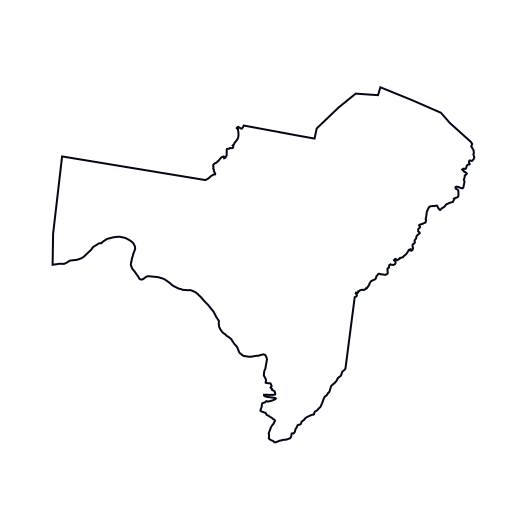 outline of Livingstone, Southern, Zambia, rotated 7°
{"feature_id": "96606910B12959301642296", "entity_name": "Livingstone", "entity_type": "district", "adm_level": 2, "iso_a3": "ZMB", "parent_name": "Zambia", "parent_adm1": "Southern", "projection": "robinson", "projection_center": [25.872, -17.81], "detail": "fine", "context": "isolated", "style": "outline", "palette": "ink", "viewbox_px": 512, "rotation_deg": 7, "n_neighbors": 0, "source": "geoboundaries", "source_scale": "gbopen_adm2", "svg_char_len": 6123}
<svg xmlns="http://www.w3.org/2000/svg" viewBox="0 0 512 512"><g transform="rotate(7 256 256)"><path d="M55.2,289.5L62.2,287.6L65.7,287.3L66.9,287.0L69.3,285.4L71.6,283.4L73.6,282.8L78.1,281.8L80.1,281.0L82.6,279.7L84.1,278.7L85.7,277.1L90.8,270.9L91.6,269.9L93.0,267.3L93.7,266.5L96.5,264.4L98.1,262.9L99.8,262.2L100.8,262.2L102.3,260.4L106.1,257.2L112.0,254.9L115.4,254.0L118.3,253.5L124.1,254.0L127.8,255.4L130.7,256.8L132.3,258.0L133.4,259.3L134.6,261.2L135.1,262.9L135.1,264.2L133.8,269.5L133.7,271.1L133.2,273.3L133.1,275.7L132.9,276.9L132.8,279.9L133.9,282.3L135.3,284.3L137.7,286.5L139.2,288.2L141.5,290.7L143.1,292.8L144.2,293.3L145.4,293.3L146.7,292.8L148.9,290.6L150.0,289.8L151.2,289.2L161.0,288.9L166.2,289.7L168.6,290.5L174.1,293.5L175.3,294.5L177.6,295.8L183.3,297.8L185.7,298.0L187.2,298.5L192.0,298.3L195.0,297.9L196.3,298.1L199.8,299.1L203.0,300.9L204.1,302.0L206.1,303.3L210.0,306.9L214.5,310.5L217.5,313.5L220.3,316.0L221.0,316.9L223.8,321.1L227.1,325.0L227.2,327.1L227.8,330.0L228.3,331.2L229.6,333.2L231.5,335.3L232.7,336.3L235.0,337.5L236.3,338.6L239.3,340.1L241.5,341.5L245.0,345.7L248.4,348.7L251.1,353.7L252.0,354.5L255.5,356.6L261.0,356.9L264.0,356.4L269.0,354.9L270.5,354.8L271.9,354.0L275.1,352.8L275.7,352.7L276.8,353.0L277.7,353.7L278.6,355.0L279.5,357.2L279.0,366.7L278.3,368.9L278.2,370.7L278.3,373.4L278.9,374.5L280.7,377.0L281.1,378.3L281.0,380.5L281.7,380.8L285.9,380.7L287.4,383.1L286.5,384.8L286.9,385.3L288.1,386.0L288.1,386.9L290.1,387.6L291.0,388.1L291.9,390.3L291.8,391.2L289.7,391.8L285.7,392.3L283.8,392.3L280.9,392.8L281.1,393.7L281.8,394.1L282.6,394.1L283.9,394.5L290.4,394.5L292.6,394.7L293.0,394.9L292.7,395.7L289.9,397.4L285.5,399.1L284.1,398.8L283.7,399.0L282.7,400.2L280.2,401.4L279.9,403.5L280.0,404.9L279.8,406.1L279.2,408.4L279.3,409.1L280.7,409.7L284.6,410.6L285.1,411.1L285.9,412.4L286.8,412.6L292.3,415.2L292.8,415.7L294.1,416.2L294.9,417.1L294.9,417.5L294.3,418.7L294.0,420.1L292.3,422.7L291.6,424.7L290.3,430.2L290.4,431.2L290.7,431.9L291.0,434.3L290.9,435.3L291.0,435.6L293.1,436.9L294.7,437.3L295.8,437.7L297.0,438.6L298.3,438.5L302.5,436.2L303.4,436.1L304.6,435.4L308.6,434.5L312.1,432.7L312.7,431.6L313.0,430.3L313.0,428.0L313.4,427.6L314.7,427.6L315.5,426.8L316.1,425.3L316.1,424.2L316.3,423.3L316.6,422.4L317.3,421.1L317.9,418.9L318.9,418.3L319.9,418.1L320.8,417.5L321.5,415.0L321.9,414.4L323.7,412.8L324.6,411.1L325.3,410.4L327.7,408.7L330.4,407.1L331.6,406.6L332.5,406.4L332.9,405.9L333.0,404.2L333.5,403.2L334.8,402.4L336.0,401.0L336.4,400.2L338.1,398.3L338.5,397.5L339.8,393.2L340.6,389.3L341.5,387.1L342.7,386.1L343.4,385.2L344.1,383.3L344.9,382.7L345.5,381.2L346.3,376.7L346.6,375.6L348.3,373.7L349.3,372.7L350.2,371.5L351.3,369.7L351.7,368.3L352.5,366.7L353.8,365.6L354.8,364.5L355.2,363.3L355.4,361.6L355.9,360.1L357.9,358.0L358.5,356.9L359.0,284.8L360.5,283.9L360.8,283.4L360.9,282.8L360.7,282.1L360.3,281.5L359.6,281.1L359.7,280.2L361.4,280.2L361.7,279.8L361.8,279.4L361.8,278.6L362.5,278.4L363.5,277.3L366.2,276.4L367.1,276.6L367.7,276.3L369.2,275.1L369.2,274.6L370.0,274.4L371.9,270.7L372.0,269.6L373.0,267.4L373.5,266.8L377.2,264.5L377.8,263.1L378.0,261.3L378.9,260.2L379.6,258.9L380.4,258.6L382.5,259.0L384.0,258.8L386.2,259.0L386.8,258.9L388.4,257.8L388.7,257.4L388.8,256.4L388.3,254.7L388.4,254.0L388.1,253.3L388.1,252.8L388.2,252.3L388.5,251.9L389.3,251.4L389.3,249.5L389.5,248.7L390.5,247.9L390.9,248.2L391.4,248.2L393.5,248.1L394.5,247.5L395.0,247.0L395.4,245.7L395.2,245.0L394.9,244.3L393.6,243.5L393.6,243.1L394.2,242.1L394.7,241.9L395.3,242.1L396.6,243.0L398.5,241.5L398.6,240.9L399.1,240.5L399.3,240.4L399.5,240.6L401.2,239.5L402.0,239.3L402.7,238.1L404.1,236.7L405.5,234.8L406.3,232.8L406.8,232.2L407.0,231.3L408.5,230.5L408.7,231.7L409.7,231.8L410.5,231.1L410.9,229.3L410.6,228.0L410.3,227.5L410.0,226.8L410.2,225.4L410.5,225.2L410.8,224.8L411.6,224.2L411.8,223.6L412.0,222.8L411.6,222.1L411.5,221.2L412.6,219.4L412.8,218.8L412.9,217.0L413.3,216.1L415.6,213.6L415.7,213.3L415.6,212.8L414.0,211.8L413.7,209.9L413.8,209.4L415.2,207.8L415.3,207.3L415.2,206.9L414.1,205.7L414.4,205.1L417.3,203.8L420.2,202.0L420.4,200.2L420.4,199.4L420.1,199.2L419.9,198.8L419.9,197.8L420.1,197.0L420.2,190.8L420.6,190.2L420.6,189.6L421.0,188.3L422.0,186.2L422.5,185.7L424.8,184.9L426.6,184.8L428.9,184.0L429.3,183.9L429.9,184.3L430.7,185.8L432.7,187.8L433.1,187.9L433.7,187.4L434.2,186.5L434.9,185.8L436.5,184.6L437.5,183.4L438.3,181.9L439.2,181.2L442.4,179.3L444.9,178.3L445.3,176.7L446.0,175.4L446.0,175.0L445.7,174.8L446.3,174.4L447.2,174.0L447.5,173.7L448.1,173.6L449.4,172.4L449.6,171.6L449.0,167.3L448.6,166.0L448.1,165.6L446.2,164.8L445.8,164.4L445.6,163.9L445.8,163.1L446.6,162.7L448.4,162.8L450.3,163.4L452.3,163.7L453.0,163.5L453.5,162.4L453.9,157.0L453.8,156.5L453.0,155.3L453.5,152.1L453.4,150.6L455.0,149.2L455.2,148.5L453.9,147.5L452.1,146.8L451.7,146.2L451.2,146.0L450.1,145.0L451.2,144.1L453.4,144.0L453.8,143.3L453.9,142.6L454.2,140.8L454.9,139.8L455.6,139.3L456.7,139.1L456.9,138.7L455.9,136.8L455.9,136.0L456.5,135.1L457.1,135.1L458.5,135.4L458.9,135.3L460.2,133.4L460.6,131.5L459.4,128.6L459.4,128.0L459.7,127.5L459.5,126.2L459.0,124.6L458.6,123.8L457.8,123.0L457.0,121.7L456.3,120.9L456.9,118.4L455.3,116.5L432.1,100.3L422.1,91.3L390.5,81.9L358.9,73.4L357.5,81.5L335.2,82.7L333.7,84.2L320.0,98.4L300.7,122.0L299.8,132.3L284.7,131.5L228.0,128.0L227.4,129.6L226.6,131.2L225.7,131.4L223.1,130.2L222.5,130.0L222.1,130.2L221.3,131.2L221.4,131.7L222.2,131.9L222.6,132.2L223.6,136.2L223.9,138.4L223.9,140.5L223.3,142.5L220.8,146.6L220.5,148.0L219.4,149.1L220.0,149.6L220.1,151.3L219.5,151.7L218.2,152.0L217.3,151.9L216.8,152.1L216.4,152.6L215.7,153.0L214.5,153.0L214.2,153.2L214.0,153.9L214.4,157.2L214.5,160.0L214.0,161.5L212.9,162.7L212.5,162.9L212.3,162.3L212.3,161.3L211.7,161.2L210.4,161.8L209.5,162.5L208.3,164.2L207.4,165.8L207.0,166.3L206.0,167.2L205.6,168.0L204.1,168.9L202.5,170.5L202.5,171.5L203.0,173.3L202.9,174.5L203.7,175.4L203.6,175.9L204.0,177.0L205.5,179.3L205.4,180.0L204.2,180.2L202.7,181.3L201.7,182.1L198.8,185.3L196.4,186.8L51.4,180.8L51.9,258.7L55.2,289.5Z" fill="none" stroke="#020617" stroke-width="2"/></g></svg>